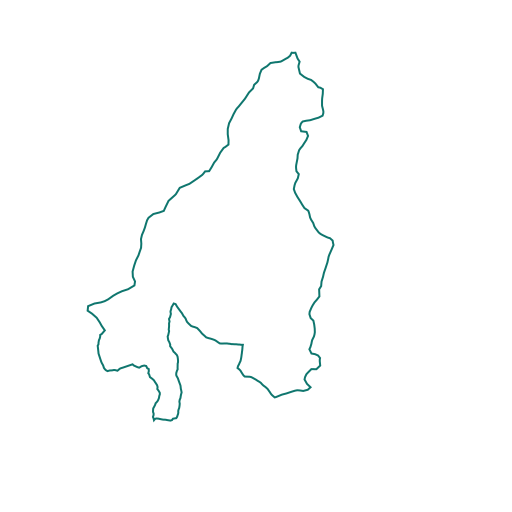 the district of Ugunja, Nyanza, Kenya, rotated 122°
{"feature_id": "3690345B50219798141587", "entity_name": "Ugunja", "entity_type": "district", "adm_level": 2, "iso_a3": "KEN", "parent_name": "Kenya", "parent_adm1": "Nyanza", "projection": "mercator", "projection_center": [34.363, 0.207], "detail": "fine", "context": "isolated", "style": "outline", "palette": "teal", "viewbox_px": 512, "rotation_deg": 122, "n_neighbors": 0, "source": "geoboundaries", "source_scale": "gbopen_adm2", "svg_char_len": 5864}
<svg xmlns="http://www.w3.org/2000/svg" viewBox="0 0 512 512"><g transform="rotate(122 256 256)"><path d="M280.5,367.4L283.4,367.3L286.9,366.4L290.7,365.3L294.5,364.5L298.5,363.9L302.6,362.5L306.3,359.8L310.0,357.8L313.6,357.0L317.8,356.0L323.3,355.5L328.7,354.2L334.6,352.4L338.9,349.4L341.7,345.1L345.4,343.5L352.0,346.9L356.9,351.0L361.2,353.8L365.3,356.0L371.1,358.4L374.5,360.4L377.6,363.0L381.9,367.8L387.5,371.8L391.6,369.8L391.8,364.5L392.8,358.4L395.1,353.3L397.0,349.9L399.2,344.8L403.9,345.5L405.5,346.3L407.0,345.4L408.9,344.8L410.6,344.6L412.8,343.7L414.4,342.8L416.0,342.7L417.1,341.8L418.5,340.7L419.9,339.6L420.9,338.8L422.1,337.9L423.3,336.5L424.8,334.7L425.9,333.4L426.8,332.3L427.7,331.2L428.7,329.7L429.4,328.3L430.3,327.0L431.4,325.8L432.0,324.4L432.4,322.8L432.3,320.9L430.6,319.4L429.3,317.5L427.9,316.0L427.3,314.7L426.7,312.7L425.2,312.2L423.8,311.8L422.5,310.9L421.4,309.9L413.3,303.3L413.6,301.5L413.4,300.0L413.1,297.7L412.6,295.9L411.5,295.3L410.2,294.7L409.2,293.8L408.1,292.7L407.5,290.8L408.8,288.8L408.7,287.1L410.4,285.9L412.5,285.2L413.0,283.9L413.9,282.9L414.9,281.7L415.1,278.9L415.5,276.7L416.4,274.9L417.0,273.5L418.0,271.4L419.3,270.0L421.1,269.2L421.8,267.4L422.4,266.2L423.0,265.1L424.2,264.3L426.1,263.8L427.7,263.1L429.6,262.7L431.2,262.6L432.7,262.8L434.1,263.1L435.5,262.7L437.5,262.5L439.7,262.4L441.3,261.6L442.8,260.7L443.8,259.4L445.1,258.6L447.1,258.1L448.0,256.8L449.3,255.5L447.6,255.3L446.6,254.4L445.7,252.7L444.6,249.6L444.0,248.1L442.7,245.8L442.3,244.6L441.5,242.7L440.9,241.3L439.7,240.3L438.0,240.2L436.9,239.0L435.8,237.7L434.2,237.7L432.6,238.1L431.2,238.4L429.8,239.0L428.7,239.8L427.2,240.3L425.6,240.6L423.7,241.4L421.7,242.4L420.1,243.8L418.4,244.5L416.5,244.8L414.9,245.5L413.4,246.1L411.1,246.8L409.6,248.2L408.3,249.5L407.0,250.5L405.9,251.4L404.8,252.8L403.8,254.1L402.7,255.5L401.3,257.2L400.6,258.3L400.1,259.4L399.2,260.6L397.5,261.6L395.3,262.2L393.6,262.4L392.3,263.3L390.1,264.6L388.8,265.4L387.5,265.8L386.0,266.7L384.3,268.0L382.8,269.3L381.8,270.9L381.5,272.3L381.1,273.5L380.8,275.3L379.6,277.2L379.0,278.3L378.5,279.7L377.9,281.1L376.6,281.8L374.9,284.0L374.0,285.7L372.7,286.9L371.0,288.3L369.7,288.5L365.7,289.9L364.8,290.9L361.6,292.5L359.1,294.1L357.4,294.6L355.5,296.4L353.4,296.5L351.8,297.0L350.2,297.5L349.3,298.4L348.2,299.2L346.2,299.7L344.2,300.5L342.4,300.5L339.9,300.6L339.4,298.7L340.2,297.2L340.9,295.8L341.7,293.8L342.5,291.8L343.1,290.3L343.7,288.6L344.4,287.3L345.3,285.7L345.8,283.9L346.4,282.5L347.4,281.2L348.4,279.6L349.0,277.4L349.4,275.4L349.7,274.0L349.4,272.3L348.8,270.3L348.3,267.7L348.7,266.1L349.0,264.9L349.4,263.5L349.8,262.3L350.3,261.0L350.6,259.5L350.9,257.6L351.4,255.1L350.8,252.7L350.2,250.9L349.7,249.0L349.3,247.2L349.1,245.6L349.2,243.6L349.3,241.8L349.3,240.3L348.6,239.0L347.3,237.0L345.6,234.4L344.9,232.8L344.2,231.4L343.7,230.0L342.9,228.7L342.2,227.4L341.3,225.9L340.5,224.2L339.7,222.8L339.2,221.6L338.3,220.1L340.0,219.4L341.7,218.5L343.3,217.7L344.7,217.1L346.1,216.4L347.3,215.9L348.8,215.2L350.2,214.6L351.8,214.0L353.2,213.5L355.1,213.3L357.0,213.0L358.9,212.9L360.8,212.3L361.0,210.2L361.5,208.3L362.3,206.8L363.2,204.9L363.9,203.3L364.2,201.7L363.0,199.5L361.8,197.5L361.2,195.8L361.1,194.3L361.0,192.4L360.9,190.1L361.0,188.7L360.9,186.4L361.0,184.7L361.5,183.1L361.9,181.3L362.0,180.0L362.1,178.5L362.6,175.7L363.5,173.6L364.2,171.9L364.9,170.5L365.4,169.0L365.7,167.3L366.0,165.2L364.9,164.2L363.1,162.9L360.0,160.7L358.8,159.6L356.6,157.5L355.4,156.5L354.3,155.6L351.9,153.6L349.5,151.5L348.1,150.0L347.4,148.8L346.8,147.6L345.4,144.4L342.0,141.2L338.4,140.2L337.4,145.0L335.0,149.4L332.8,150.2L329.6,150.6L327.4,150.2L322.6,149.1L320.0,144.8L314.9,143.5L311.4,146.2L310.1,147.0L308.6,147.6L307.5,150.6L307.7,152.2L308.0,154.0L309.3,157.3L306.8,161.3L304.4,161.6L301.1,162.5L299.6,163.1L297.6,163.8L293.6,164.2L291.6,164.8L289.5,165.7L286.5,167.7L283.3,170.3L280.4,173.1L280.1,174.6L279.7,176.7L277.0,179.9L274.9,180.9L270.5,181.6L267.9,181.8L264.3,181.8L262.5,181.5L260.7,181.2L256.7,180.8L250.8,184.8L247.0,184.8L242.9,186.9L238.2,188.1L234.2,189.5L229.4,190.6L227.0,191.2L223.7,192.0L220.3,193.2L218.3,194.0L216.1,194.5L210.6,195.3L205.6,196.1L204.0,197.7L202.3,199.2L201.7,202.8L202.2,204.3L202.5,206.0L203.0,210.7L203.1,213.0L202.8,215.3L201.3,219.3L200.8,220.6L199.9,222.3L197.7,225.0L196.0,228.5L194.7,230.5L192.2,232.9L190.8,234.5L189.9,235.7L189.7,240.3L187.9,244.2L187.0,245.9L186.1,247.7L183.9,252.3L181.6,256.4L179.2,259.4L175.5,260.8L173.2,261.4L168.0,261.7L163.9,263.1L162.7,266.6L160.2,268.6L159.0,269.4L157.6,270.1L154.5,271.3L152.9,271.9L151.1,272.6L148.0,274.3L143.4,275.5L141.2,275.4L138.1,274.9L136.5,274.9L134.8,274.9L130.9,274.8L126.6,275.5L124.0,278.9L126.3,283.8L123.6,287.1L120.3,288.0L118.7,288.0L117.1,287.6L114.6,285.0L112.3,282.2L111.2,281.2L110.1,280.3L107.7,278.2L105.6,276.3L101.7,273.9L99.2,274.6L97.8,275.4L96.7,276.4L93.6,279.6L90.1,281.8L88.6,282.7L87.1,283.5L83.1,285.3L79.1,287.6L79.2,290.7L79.9,292.6L78.3,297.0L77.8,299.5L77.5,302.6L78.3,306.0L78.6,310.1L78.0,315.4L74.8,318.6L73.2,320.2L71.9,320.9L68.1,322.0L66.5,325.4L62.7,330.3L64.1,332.2L64.7,333.5L68.1,333.2L71.2,334.2L72.3,334.9L76.6,337.2L78.1,338.1L80.4,340.8L81.3,342.1L84.7,346.0L89.1,347.2L90.5,347.9L92.0,348.7L95.1,350.0L99.4,349.3L104.0,347.6L106.3,347.1L108.0,347.2L111.8,348.3L115.4,347.3L121.0,348.6L128.5,348.7L134.2,349.4L138.4,349.9L140.4,350.3L142.4,350.5L147.6,350.2L152.2,349.6L157.6,349.2L163.2,347.3L167.7,344.5L172.4,340.6L176.1,338.4L179.8,339.8L181.5,340.7L187.3,341.1L191.6,340.7L194.0,340.5L195.3,340.5L198.9,341.0L204.2,340.7L208.9,340.7L211.2,344.0L214.3,344.3L215.8,344.6L220.3,346.4L225.6,348.7L230.1,350.7L233.2,353.0L238.6,356.8L245.9,356.7L247.4,357.0L255.5,359.4L262.1,358.7L264.4,358.4L266.6,358.1L270.3,361.0L274.8,365.3L280.5,367.4Z" fill="none" stroke="#0f766e" stroke-width="2"/></g></svg>